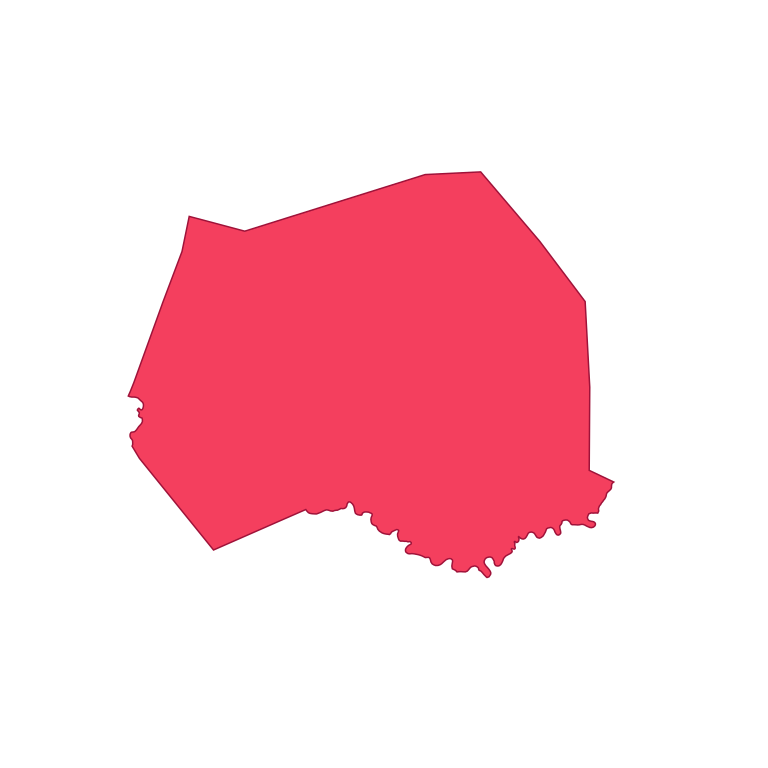 Shaamar, Selenge, Mongolia, rotated 302°
{"feature_id": "93677404B82499437232686", "entity_name": "Shaamar", "entity_type": "district", "adm_level": 2, "iso_a3": "MNG", "parent_name": "Mongolia", "parent_adm1": "Selenge", "projection": "orthographic", "projection_center": [106.157, 50.033], "detail": "fine", "context": "isolated", "style": "filled", "palette": "rose", "viewbox_px": 768, "rotation_deg": 302, "n_neighbors": 0, "source": "geoboundaries", "source_scale": "gbopen_adm2", "svg_char_len": 4935}
<svg xmlns="http://www.w3.org/2000/svg" viewBox="0 0 768 768"><g transform="rotate(302 384 384)"><path d="M422.9,130.0L389.3,142.5L334.9,153.4L334.6,153.5L252.7,171.1L243.2,172.8L238.3,173.5L238.5,175.0L239.2,176.9L240.9,179.7L241.8,182.5L241.5,184.2L241.1,185.9L240.6,188.8L239.9,190.1L238.8,191.1L237.1,192.0L235.3,192.5L234.0,192.4L233.4,191.9L233.2,191.2L233.3,190.4L233.6,189.4L233.5,188.9L232.7,188.6L231.8,188.5L231.1,188.7L230.8,189.5L230.5,190.6L229.9,191.8L228.7,192.3L227.4,192.5L226.6,193.2L226.5,194.2L226.5,195.4L226.9,196.7L226.1,197.7L224.2,199.0L222.1,199.3L220.0,199.0L218.0,198.6L216.2,198.5L214.0,198.4L212.0,198.0L211.0,197.4L209.2,195.3L208.4,195.1L207.3,195.2L206.2,195.6L204.8,196.6L203.9,197.9L203.5,199.3L202.8,200.7L201.6,201.6L199.6,202.9L197.8,203.3L191.3,216.1L152.9,327.4L214.5,369.4L236.1,384.2L235.8,384.9L235.4,385.9L234.8,388.1L235.1,389.9L235.9,391.8L237.2,394.2L238.1,395.7L241.3,398.1L242.2,398.7L243.7,399.6L245.1,400.5L246.7,401.8L247.5,403.5L248.1,406.1L249.1,408.1L250.5,409.1L251.8,410.6L252.3,411.4L254.9,413.1L255.4,413.2L255.8,413.8L256.4,415.1L257.5,416.3L258.8,417.0L260.2,417.1L261.5,416.8L262.6,416.3L263.7,416.3L264.9,416.3L265.4,416.7L265.9,417.6L266.0,418.7L265.5,421.1L264.4,423.1L262.9,424.7L260.8,426.5L259.3,428.2L259.1,429.4L259.2,430.9L260.0,433.0L261.0,434.5L261.9,434.5L262.8,434.1L264.8,435.0L265.9,436.4L267.2,438.9L267.3,440.0L267.6,441.8L267.4,442.9L266.5,443.5L265.3,443.7L264.0,443.9L262.3,444.6L260.2,446.3L259.2,447.6L258.9,448.8L259.0,450.8L259.4,452.6L258.9,453.9L257.5,455.8L256.8,458.0L256.7,461.2L257.1,463.2L257.9,465.4L258.8,467.2L259.1,468.3L260.6,468.9L261.6,468.8L262.9,469.0L264.2,469.8L265.9,470.9L267.3,471.9L267.7,472.9L267.6,473.9L267.0,474.3L265.7,474.6L263.9,475.0L262.1,476.3L260.3,478.4L259.5,479.8L259.5,481.2L260.8,483.3L261.5,484.9L262.5,486.4L262.7,487.5L263.0,488.2L264.2,489.6L264.1,490.4L263.9,491.2L263.2,491.6L262.5,491.7L261.6,491.2L260.2,490.4L258.6,489.9L257.0,489.7L255.4,489.8L254.2,490.4L253.2,491.3L252.9,492.6L252.9,494.3L253.6,495.8L254.9,497.5L255.9,499.5L257.4,503.4L258.0,505.5L258.4,507.6L258.6,509.9L258.7,511.0L259.9,512.6L260.6,513.7L260.7,514.8L259.9,516.1L257.9,518.2L257.0,520.2L257.0,522.1L257.4,523.9L258.7,525.9L260.4,527.3L262.1,528.1L265.5,529.0L268.0,529.8L269.8,531.1L270.9,532.4L271.3,533.8L271.0,535.3L269.9,536.2L268.1,536.9L265.6,538.0L264.2,539.2L263.5,539.9L263.8,542.5L263.8,543.8L263.3,545.3L263.6,545.9L264.4,546.8L265.6,548.6L266.6,550.5L267.8,552.6L269.5,553.8L271.7,554.2L272.7,554.3L274.4,554.6L275.6,555.2L276.7,556.3L277.7,557.2L278.2,558.5L278.3,559.6L278.2,560.9L277.9,561.7L277.2,562.3L276.5,563.2L276.4,563.7L276.7,564.5L276.6,565.8L276.0,567.9L275.4,569.6L274.9,571.7L274.6,572.8L274.5,573.9L276.1,575.2L279.0,575.3L280.0,574.9L280.7,574.4L281.5,573.3L282.4,571.3L283.0,569.5L283.8,566.7L284.8,564.6L285.9,563.3L287.3,562.7L289.2,562.5L291.0,563.0L292.4,564.2L293.6,565.7L294.0,567.6L293.1,569.7L291.9,571.6L290.7,572.3L289.7,573.6L289.2,574.8L289.5,576.1L290.1,577.2L291.1,578.1L292.8,578.7L294.8,578.7L297.2,578.4L299.2,577.9L300.8,578.0L302.9,578.5L305.6,580.0L306.9,580.8L308.6,581.5L309.7,581.5L310.4,581.0L310.9,580.3L311.4,579.6L311.8,579.4L312.2,579.6L312.4,579.9L312.6,580.5L312.8,581.4L312.9,581.9L313.6,582.3L314.2,582.3L314.7,582.0L315.4,581.4L316.2,580.5L317.2,579.9L317.9,579.7L318.5,578.9L318.9,578.4L319.5,578.1L319.8,578.3L319.9,578.7L319.9,579.3L319.8,580.2L320.2,580.8L321.2,581.3L322.1,581.4L322.8,581.2L323.8,580.8L324.5,580.2L325.3,579.3L325.8,579.0L326.0,579.1L325.9,579.7L325.8,580.4L325.6,581.4L325.8,583.2L326.5,584.5L327.8,585.4L329.6,585.7L331.8,585.6L333.8,585.4L335.2,585.9L336.5,587.3L337.0,588.8L337.1,590.1L336.8,591.2L336.3,592.2L335.7,593.4L335.1,594.8L335.2,596.2L335.8,597.7L337.3,598.7L339.6,599.5L344.1,599.3L347.3,598.6L348.7,599.3L350.8,601.5L351.0,602.4L351.1,603.4L350.9,604.6L350.2,606.0L349.1,607.4L348.3,608.9L347.8,610.2L347.9,611.2L348.5,612.2L349.6,612.8L351.2,612.9L352.1,612.3L353.2,611.3L354.4,610.0L356.0,608.7L357.2,608.3L358.7,608.6L360.3,608.5L360.9,608.3L361.6,607.8L362.5,607.9L363.8,608.8L365.1,610.3L365.8,611.8L365.7,613.6L365.4,615.0L364.7,616.1L364.2,617.2L364.4,618.2L365.1,619.3L366.1,621.0L367.1,622.9L368.2,624.4L369.5,625.7L370.4,627.2L370.8,629.0L370.9,631.3L371.4,634.6L372.2,636.2L373.7,637.5L375.4,638.0L376.6,637.9L377.8,637.1L378.2,636.1L378.3,634.9L377.9,633.6L377.3,632.2L376.9,630.7L376.8,629.7L377.5,628.3L378.6,627.2L380.4,626.7L382.5,626.5L384.5,628.1L385.4,629.9L386.6,631.5L387.2,632.5L387.8,633.7L390.1,633.4L391.8,632.0L393.1,631.6L395.0,631.3L396.4,631.6L398.4,631.5L400.3,631.8L401.7,631.8L403.5,632.1L405.4,632.0L406.8,631.7L408.5,631.0L409.5,630.8L410.9,631.0L413.2,631.7L414.9,632.1L416.5,631.9L418.2,630.9L419.9,630.2L421.0,630.2L422.6,630.8L419.5,603.8L490.3,560.2L560.5,510.9L587.4,440.8L615.1,353.6L583.4,307.9L439.8,184.9L422.9,130.0Z" fill="#f43f5e" stroke="#9f1239" stroke-width="1.5"/></g></svg>